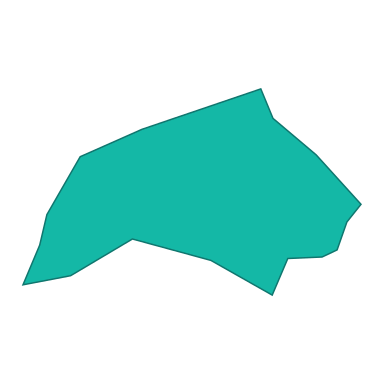 Oldham, Natural Earth projection
{"feature_id": "GBR-5681", "entity_name": "Oldham", "entity_type": "Metropolitan Borough", "adm_level": 1, "iso_a3": "GBR", "parent_name": "United Kingdom", "parent_adm1": "", "projection": "natural_earth1", "projection_center": [-2.045, 53.542], "detail": "fine", "context": "isolated", "style": "filled", "palette": "teal", "viewbox_px": 384, "rotation_deg": 0, "n_neighbors": 0, "source": "natural_earth", "source_scale": "10m", "svg_char_len": 341}
<svg xmlns="http://www.w3.org/2000/svg" viewBox="0 0 384 384"><path d="M46.9,214.6L80.2,156.7L142.0,129.3L260.8,88.9L273.0,118.4L316.2,154.9L361.0,204.3L346.9,222.0L337.1,249.9L322.1,257.0L287.8,258.5L272.2,295.1L210.9,260.4L132.4,239.0L70.6,275.7L23.0,284.8L39.7,245.1L46.9,214.6Z" fill="#14b8a6" stroke="#0f766e" stroke-width="1.5"/></svg>